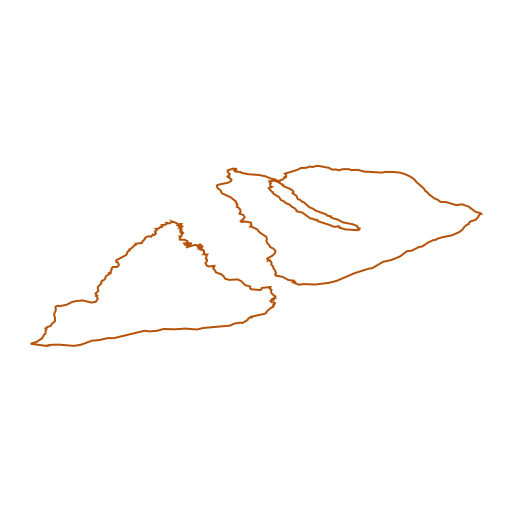 outline of Ibestad nor, Troms, Norway
{"feature_id": "86288312B28202364266720", "entity_name": "Ibestad nor", "entity_type": "district", "adm_level": 2, "iso_a3": "NOR", "parent_name": "Norway", "parent_adm1": "Troms", "projection": "natural_earth1", "projection_center": [17.142, 68.828], "detail": "fine", "context": "isolated", "style": "outline", "palette": "amber", "viewbox_px": 512, "rotation_deg": 0, "n_neighbors": 0, "source": "geoboundaries", "source_scale": "gbopen_adm2", "svg_char_len": 6057}
<svg xmlns="http://www.w3.org/2000/svg" viewBox="0 0 512 512"><path d="M366.9,171.7L367.1,171.6L366.5,171.8L363.7,171.5L358.2,169.9L350.9,170.0L348.7,169.1L342.7,169.2L338.6,170.3L335.9,169.4L332.5,169.7L328.8,167.8L318.9,166.0L316.5,166.0L312.2,167.1L309.7,166.5L306.3,167.8L300.9,168.0L297.4,169.8L284.9,173.7L286.2,175.2L286.1,177.0L283.4,177.2L285.8,177.4L284.3,178.0L283.1,179.3L278.8,180.9L279.5,181.3L279.3,182.7L282.7,184.8L282.5,185.2L283.6,185.6L283.7,186.2L290.9,189.3L293.2,191.1L293.5,192.0L292.5,193.1L296.5,195.8L297.8,199.2L300.1,199.8L302.0,201.7L304.0,202.4L309.5,207.3L312.8,208.6L315.8,210.6L326.3,214.5L327.1,215.6L330.9,216.4L330.8,217.1L333.0,218.3L338.2,219.7L342.6,222.3L352.9,224.3L357.1,226.0L357.8,227.9L359.7,228.5L359.3,229.6L358.0,230.2L345.3,229.4L339.8,227.8L340.0,227.5L339.2,227.1L339.3,226.6L338.3,226.2L335.8,226.8L332.2,226.4L331.2,225.5L318.2,221.3L317.7,220.2L316.9,220.5L316.1,219.7L314.1,219.6L312.7,218.7L310.4,218.5L302.2,212.5L296.6,211.3L296.4,210.0L294.4,208.1L291.7,206.7L289.8,204.7L285.7,203.1L284.5,201.7L280.8,199.9L279.2,197.2L273.4,193.7L273.0,192.2L271.7,191.7L268.8,188.1L271.8,186.9L270.4,186.3L270.2,184.2L270.8,183.3L269.9,182.6L270.4,181.7L269.8,181.3L274.3,180.6L277.6,181.9L277.9,180.9L275.0,179.4L269.8,178.3L266.2,176.5L259.2,175.0L248.2,174.2L241.8,172.9L240.4,172.0L235.5,171.6L234.2,170.5L235.0,169.9L235.5,170.6L236.8,170.9L235.4,170.3L235.8,170.0L235.2,169.8L235.7,168.9L233.1,168.6L227.7,170.4L227.6,171.9L229.8,174.3L228.4,175.8L229.0,176.5L227.8,177.0L231.5,179.5L231.0,181.1L228.0,182.7L217.5,184.9L216.7,185.9L217.6,188.0L220.5,190.4L222.0,193.3L230.6,197.3L236.1,201.6L236.1,203.0L237.5,204.4L236.7,206.8L238.4,207.6L240.3,209.6L240.6,211.6L239.4,213.6L243.4,215.0L244.6,216.9L244.1,218.4L241.1,220.8L242.4,221.2L240.5,222.0L245.9,221.6L250.8,222.6L251.4,225.5L250.3,226.6L252.2,226.9L257.7,229.7L258.5,231.3L260.2,232.8L266.3,236.8L266.9,239.0L266.4,240.5L267.3,243.2L269.5,245.4L270.1,247.0L273.6,248.7L275.5,251.1L274.9,253.1L272.7,255.5L267.3,258.5L267.5,259.5L268.2,259.8L267.6,260.3L267.7,260.7L268.5,259.9L269.5,260.2L270.2,260.9L269.2,261.0L270.3,261.0L271.5,262.7L271.4,264.7L273.0,266.3L273.4,268.3L275.1,270.4L276.0,273.1L275.1,274.2L275.6,275.5L282.6,276.9L288.5,280.1L293.7,280.6L294.4,281.3L293.1,281.3L293.7,281.5L293.1,281.9L293.3,282.4L294.9,282.4L295.2,282.8L294.4,282.9L298.8,284.7L303.6,284.1L315.2,284.5L328.7,282.9L336.8,280.8L354.4,273.2L368.7,268.7L372.4,268.1L383.1,261.8L391.1,260.1L400.1,256.4L407.0,251.2L411.9,250.6L419.2,246.9L422.2,246.5L428.1,242.5L432.8,240.3L436.0,239.7L436.9,238.9L442.9,237.1L451.7,235.4L459.3,232.1L462.9,229.1L464.1,227.2L466.6,224.9L468.8,224.0L468.9,223.0L470.1,221.6L475.8,219.7L478.1,217.1L479.5,214.3L481.3,214.0L480.6,213.2L475.5,211.8L468.6,206.6L462.0,204.3L456.2,205.1L446.2,202.1L440.3,201.8L437.8,199.7L434.7,198.6L428.9,194.3L427.3,192.2L425.5,191.2L423.7,188.3L416.8,182.4L414.0,179.1L410.3,176.6L404.6,174.0L400.2,172.7L394.0,172.0L385.5,171.9L381.9,172.6L366.9,171.7ZM176.4,223.0L171.8,221.4L172.1,221.8L169.6,223.4L166.2,222.8L166.5,224.1L166.0,224.5L162.6,225.0L163.3,225.4L161.7,226.3L162.0,226.5L161.8,227.1L160.5,226.8L158.9,228.4L156.3,228.9L157.1,229.3L157.0,229.9L155.0,231.5L155.1,232.6L155.9,233.4L154.3,235.1L152.6,234.6L151.3,236.7L148.9,236.2L146.9,236.7L144.7,238.3L144.7,239.3L142.8,241.0L141.9,243.0L135.5,243.7L135.4,244.2L135.9,244.4L135.6,245.1L133.7,245.7L132.7,247.4L129.4,249.4L129.8,250.2L127.7,251.6L126.3,254.9L116.1,260.4L116.3,261.9L118.0,262.6L118.8,264.7L118.5,265.7L116.6,267.1L113.2,266.9L111.6,268.2L111.7,269.6L110.8,270.8L110.7,272.4L109.6,272.8L110.4,273.2L105.7,276.5L105.3,278.4L103.6,280.3L102.2,280.6L101.2,282.0L101.4,283.3L98.0,286.8L97.7,288.2L98.4,290.8L95.5,293.5L96.5,295.0L96.2,295.5L96.9,295.7L96.3,296.4L97.5,297.7L97.6,299.2L95.7,301.8L91.6,302.6L82.5,300.4L74.9,301.3L72.1,302.0L66.7,304.7L60.5,306.0L57.7,305.8L56.0,306.5L55.4,307.1L55.9,309.9L54.0,314.6L54.9,317.4L55.0,320.5L54.5,321.9L52.3,323.3L50.6,326.0L47.5,326.9L45.5,328.4L46.5,329.2L45.6,330.6L45.6,333.5L44.0,334.8L42.2,338.2L36.8,341.8L30.7,343.8L47.2,346.0L47.6,346.0L46.5,345.6L50.2,345.5L48.8,345.1L49.6,344.9L58.6,344.6L73.9,345.9L81.1,344.7L91.8,340.7L99.0,340.1L107.8,338.1L113.5,338.2L144.4,330.8L149.9,331.4L157.4,330.7L163.6,329.0L174.8,329.3L185.4,328.6L197.0,329.5L203.1,328.0L230.0,325.6L234.6,323.5L240.3,322.6L242.4,323.0L247.7,319.9L247.9,319.1L249.9,317.4L251.4,317.6L252.6,317.1L250.2,317.2L250.9,316.8L264.6,313.8L266.4,312.8L266.8,311.3L271.2,307.7L273.3,306.9L273.7,305.9L273.1,305.2L275.0,303.6L274.7,302.8L273.7,302.5L274.5,302.4L271.9,302.3L270.5,301.0L273.0,299.2L273.5,299.3L272.6,300.2L273.8,299.7L273.7,299.2L272.8,298.9L274.8,298.1L274.3,297.9L275.0,297.4L275.7,295.7L275.0,296.3L271.5,293.3L271.1,291.3L271.4,289.7L269.7,288.6L270.4,287.0L262.0,287.9L261.4,288.3L261.4,289.2L261.1,289.7L260.8,290.0L260.6,290.0L251.3,289.3L250.1,288.3L250.1,286.5L245.0,285.1L241.3,281.2L237.6,279.4L229.1,279.9L225.1,278.7L223.5,276.1L221.2,274.3L215.8,272.3L215.0,270.3L213.2,268.6L213.3,267.4L214.2,267.0L214.4,265.8L208.9,266.5L206.9,265.7L205.4,263.1L207.0,261.0L206.9,259.6L206.0,259.1L205.9,258.3L206.5,256.9L206.2,256.1L207.2,254.5L203.6,254.3L204.3,253.7L203.7,251.8L204.2,251.4L203.2,250.0L199.6,249.6L202.5,248.5L199.7,248.8L199.7,248.0L200.2,248.0L200.7,247.6L199.6,247.9L200.0,247.5L198.3,247.5L197.7,246.7L200.3,245.1L202.2,246.6L201.1,247.2L202.3,246.7L202.2,246.3L200.0,244.4L198.9,245.4L194.8,245.0L191.1,245.8L186.3,247.6L188.2,245.6L190.2,244.8L188.9,244.7L188.9,244.1L191.9,243.3L189.0,243.3L187.9,243.8L187.2,244.9L185.1,244.8L184.1,243.5L187.5,242.9L187.6,241.3L184.8,239.9L179.7,239.6L179.8,238.1L180.5,237.0L179.8,236.4L182.1,236.0L181.5,235.8L181.8,235.0L181.5,234.0L183.1,233.0L182.2,232.0L179.6,232.2L180.6,231.6L180.4,230.7L181.5,229.9L180.5,229.2L181.4,228.4L181.5,227.2L179.1,227.6L179.8,226.4L182.0,226.2L181.2,225.3L179.1,225.9L177.6,225.3L178.8,224.4L180.7,224.3L180.9,224.1L177.9,224.2L176.4,223.0Z" fill="none" stroke="#b45309" stroke-width="2"/></svg>